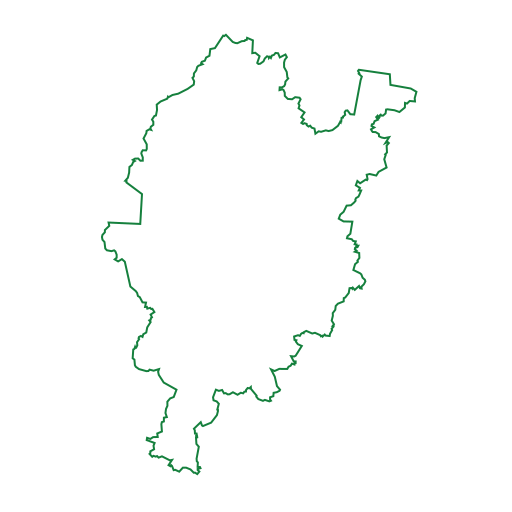 the district of Villanueva, Zacatecas, Mexico, rotated 182°
{"feature_id": "50627088B74435017119016", "entity_name": "Villanueva", "entity_type": "district", "adm_level": 2, "iso_a3": "MEX", "parent_name": "Mexico", "parent_adm1": "Zacatecas", "projection": "robinson", "projection_center": [-102.865, 22.335], "detail": "fine", "context": "isolated", "style": "outline", "palette": "green", "viewbox_px": 512, "rotation_deg": 182, "n_neighbors": 0, "source": "geoboundaries", "source_scale": "gbopen_adm2", "svg_char_len": 6100}
<svg xmlns="http://www.w3.org/2000/svg" viewBox="0 0 512 512"><g transform="rotate(182 256 256)"><path d="M404.5,284.3L403.7,281.0L407.9,276.7L407.9,274.4L410.2,271.7L410.6,269.6L410.0,266.9L407.9,264.7L406.9,258.2L405.2,256.5L400.6,255.8L398.0,256.7L396.7,255.7L395.3,252.4L395.2,249.4L397.1,247.7L393.6,245.8L389.9,248.2L386.9,245.7L380.5,221.1L374.9,216.7L373.5,214.9L372.6,211.9L370.7,210.8L367.8,205.7L364.3,205.6L365.1,201.2L363.3,201.4L362.8,199.6L360.0,200.5L358.8,199.3L357.7,199.6L355.6,196.4L359.3,193.8L357.8,191.1L358.9,190.2L359.0,188.6L360.4,187.9L359.0,186.3L362.2,180.9L363.0,175.7L365.9,173.9L366.6,171.2L368.2,172.1L370.1,171.0L370.5,169.7L369.9,168.8L371.9,165.7L371.5,162.6L372.6,160.1L373.3,159.9L373.7,160.9L374.3,158.9L375.4,158.3L375.7,149.5L373.9,148.2L373.2,142.6L372.3,141.1L369.0,138.9L361.5,137.1L359.5,137.3L358.4,138.7L354.3,137.8L349.0,139.6L349.8,136.9L349.0,133.8L343.8,126.3L330.8,119.6L333.3,112.2L336.8,110.7L339.5,107.3L339.3,103.2L340.6,100.0L341.0,95.9L339.5,91.9L342.4,91.2L342.3,87.4L344.3,86.7L344.7,84.6L343.9,77.3L348.5,75.2L347.9,71.7L352.5,71.4L355.2,69.5L358.5,70.5L358.8,68.2L350.8,65.6L351.8,62.8L351.1,59.3L354.8,57.1L354.7,55.4L355.5,54.5L352.7,51.7L351.5,52.7L349.2,52.0L347.9,52.6L346.3,51.1L343.0,52.5L335.0,48.8L332.8,49.3L336.1,43.9L334.2,42.9L333.5,44.0L332.6,43.2L330.8,39.1L329.3,39.5L325.2,37.8L321.7,41.9L318.4,42.0L314.0,40.4L310.6,37.2L309.4,37.4L307.1,36.0L305.1,38.6L306.8,40.0L306.9,41.1L304.1,42.0L304.6,43.1L307.0,43.2L306.9,47.7L308.0,48.8L308.3,51.4L306.5,63.4L309.0,66.1L309.6,72.3L308.4,72.7L308.6,73.9L310.5,74.4L308.7,74.1L309.2,76.5L310.8,76.5L311.1,79.7L312.0,81.2L305.4,88.0L304.1,84.8L303.1,84.2L295.0,87.9L289.5,95.6L288.6,99.7L288.7,101.1L289.3,101.2L288.0,107.0L290.2,109.3L293.4,110.3L294.0,113.3L291.4,121.0L288.4,119.9L285.2,120.9L283.2,117.6L281.5,117.9L279.4,116.7L277.6,116.9L274.3,119.0L269.6,116.7L266.4,118.8L264.0,118.3L262.9,120.0L261.3,120.2L261.3,121.7L259.7,123.8L258.0,123.5L256.6,124.9L256.4,123.0L250.5,116.4L250.8,115.5L248.7,113.1L244.0,111.5L242.1,112.5L237.6,111.2L236.0,111.9L236.9,113.1L237.0,115.3L233.8,116.5L233.6,119.9L230.5,120.6L227.8,122.1L227.3,123.2L230.5,126.7L233.0,136.0L237.0,143.2L233.4,141.7L228.8,144.0L220.8,144.2L219.6,146.5L217.6,147.5L216.3,149.7L213.8,148.9L213.7,150.2L212.7,150.3L212.7,152.0L214.6,152.0L217.5,157.1L214.4,156.9L212.9,157.7L207.1,167.7L211.1,169.3L213.2,171.9L212.7,173.2L214.6,173.5L215.1,176.9L211.2,178.3L209.4,177.7L208.3,179.7L207.0,180.7L205.7,180.5L205.6,181.5L203.1,182.9L197.1,180.5L194.4,181.3L189.0,179.1L188.3,178.0L187.1,178.6L186.6,177.8L184.6,179.9L183.7,178.9L179.6,178.6L179.3,180.9L177.3,184.6L177.9,185.9L176.0,188.2L176.0,189.2L176.7,189.1L175.7,190.5L178.1,194.1L177.1,198.9L177.3,201.6L174.9,205.0L174.6,208.8L172.5,211.2L166.8,213.7L166.8,217.0L165.4,217.6L162.0,222.3L161.4,227.1L159.1,227.4L158.6,226.7L158.1,227.7L156.1,225.6L152.0,229.6L151.0,227.4L149.3,227.1L149.6,229.0L147.2,231.5L145.8,234.5L146.4,236.1L148.7,238.0L150.1,241.3L151.3,242.3L158.2,245.4L156.7,251.3L154.0,253.7L154.5,254.9L152.6,257.7L153.0,262.6L157.3,263.7L155.7,264.8L157.5,266.3L157.2,267.7L154.9,268.4L154.2,269.8L156.1,269.6L155.9,271.0L157.8,271.2L156.8,274.1L159.4,274.4L160.9,276.1L165.7,276.9L165.3,278.9L162.5,281.5L160.9,293.7L169.7,293.6L174.6,296.2L173.2,300.3L170.0,303.2L167.2,309.5L162.9,310.0L159.7,313.0L158.4,314.7L158.7,315.9L158.0,317.4L155.7,318.9L154.8,320.9L153.2,325.1L155.6,325.1L154.5,327.7L158.7,330.1L157.3,334.5L154.5,332.3L149.0,336.2L147.7,335.7L147.2,336.7L148.2,341.1L145.4,341.9L138.6,340.6L136.4,344.4L128.6,349.0L131.2,357.2L129.9,361.5L130.5,362.1L128.7,364.0L129.3,370.9L127.2,373.5L128.4,374.5L130.6,373.4L127.1,379.4L131.7,378.3L134.7,378.8L137.2,379.9L137.5,382.2L140.8,384.0L143.7,384.0L144.5,384.9L145.5,386.6L142.3,388.6L145.1,390.0L144.8,391.6L143.1,392.2L142.2,394.9L138.9,396.5L140.7,399.0L139.7,400.1L139.4,398.4L137.9,398.2L137.4,399.1L138.5,399.7L136.3,401.6L135.6,400.7L134.0,400.7L131.5,403.0L131.1,406.9L129.7,407.2L122.7,406.5L117.7,404.9L112.4,409.6L112.4,414.2L110.4,413.6L107.8,416.3L102.5,416.0L102.9,419.3L101.4,425.7L107.2,428.8L127.6,431.7L128.6,442.3L159.7,445.7L160.5,444.5L159.1,442.3L159.7,441.7L156.5,439.0L157.6,435.3L162.8,400.8L166.7,401.0L169.7,404.7L171.4,404.4L172.4,402.8L171.8,400.2L173.6,398.5L173.9,399.2L173.9,397.4L175.3,397.1L175.5,393.4L176.3,393.4L176.2,392.2L176.8,392.5L178.6,389.0L181.1,386.9L184.0,384.5L187.8,383.4L190.6,384.0L195.3,382.4L197.7,382.8L200.9,380.3L202.0,385.4L204.8,386.2L206.4,388.1L208.0,387.2L209.8,388.5L210.0,389.8L212.3,390.4L213.6,389.6L215.3,390.6L212.8,394.1L215.6,396.3L212.5,401.2L218.6,405.1L217.8,408.0L218.9,409.8L216.9,414.2L218.0,415.7L222.4,416.1L225.4,413.9L229.7,414.1L232.8,417.0L233.0,420.3L234.3,422.9L235.4,423.5L238.3,422.6L238.2,425.4L236.1,425.4L233.8,426.7L232.9,428.5L232.7,431.3L230.0,434.6L230.9,435.7L231.7,441.0L234.5,445.7L234.7,450.3L234.0,453.2L232.1,455.8L233.6,458.4L239.1,455.3L241.0,459.4L243.6,459.6L245.0,457.7L247.2,456.8L248.0,454.4L249.1,455.6L250.0,454.4L250.2,455.5L251.9,456.0L254.1,453.7L255.3,450.8L258.5,448.3L260.3,448.0L261.5,449.0L259.4,455.8L263.8,459.1L266.8,458.6L266.6,471.4L272.5,473.7L272.8,471.7L274.4,471.4L274.9,470.5L277.7,470.2L282.1,468.0L284.1,468.2L286.7,469.1L293.8,476.0L295.4,474.7L296.5,475.1L304.3,462.3L308.9,461.2L309.5,454.5L312.8,452.6L313.9,449.4L316.9,448.2L317.6,446.8L316.1,445.8L320.2,444.1L321.4,442.8L322.2,439.4L324.4,436.3L324.4,433.2L325.7,431.8L323.9,428.5L324.2,425.1L330.2,420.6L339.4,415.5L345.1,414.0L349.2,411.5L349.6,412.0L350.2,410.1L356.7,407.1L360.5,403.8L360.0,398.5L360.9,392.9L362.4,392.4L364.7,388.7L363.3,386.6L363.2,383.5L365.6,381.5L366.0,379.8L365.2,378.4L367.0,378.9L369.7,377.2L369.9,374.9L372.5,369.5L369.1,363.8L368.9,359.2L369.5,357.7L372.9,357.7L374.0,355.7L374.2,354.4L372.6,350.6L372.5,347.3L374.9,347.2L377.1,349.3L380.3,349.1L382.4,347.8L380.4,346.7L382.0,345.7L383.2,342.6L385.6,340.6L385.7,334.9L386.8,329.7L389.3,326.6L388.0,326.4L388.1,325.0L372.1,313.9L372.8,284.0L404.5,284.3Z" fill="none" stroke="#15803d" stroke-width="2"/></g></svg>